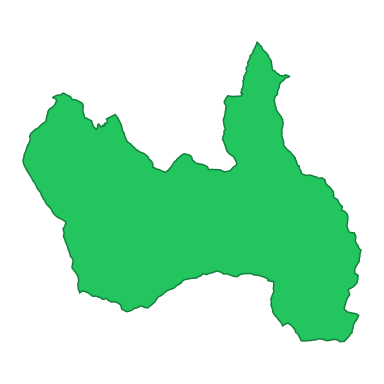 outline of Apold, Mures, Romania
{"feature_id": "2599482B12503571403432", "entity_name": "Apold", "entity_type": "district", "adm_level": 2, "iso_a3": "ROU", "parent_name": "Romania", "parent_adm1": "Mures", "projection": "mercator", "projection_center": [24.86, 46.147], "detail": "fine", "context": "isolated", "style": "filled", "palette": "green", "viewbox_px": 384, "rotation_deg": 0, "n_neighbors": 0, "source": "geoboundaries", "source_scale": "gbopen_adm2", "svg_char_len": 5924}
<svg xmlns="http://www.w3.org/2000/svg" viewBox="0 0 384 384"><path d="M79.8,292.9L82.1,291.1L83.9,291.1L88.7,293.1L91.5,295.5L92.8,296.3L96.1,296.1L98.5,297.2L99.7,297.2L100.8,297.8L101.7,299.0L102.6,299.2L104.0,299.3L105.2,298.5L106.3,298.5L107.8,300.0L111.3,302.0L114.3,301.8L117.1,302.5L119.2,304.0L120.5,304.5L121.8,309.1L125.7,311.3L127.4,311.7L131.3,310.4L133.4,309.1L134.0,308.2L136.0,308.2L140.6,306.1L142.2,306.1L144.3,307.4L147.7,307.9L152.3,304.3L154.8,302.0L158.0,297.0L161.3,295.5L167.1,290.7L169.7,289.5L172.5,288.8L174.2,287.9L176.5,285.6L180.9,283.3L181.6,282.0L184.1,279.8L191.0,278.4L196.9,277.9L198.0,276.8L200.9,275.8L202.7,273.6L206.7,274.6L208.7,273.6L212.9,272.6L216.7,271.0L221.9,272.4L222.4,272.7L222.4,273.3L223.3,273.9L227.2,273.9L233.7,276.3L236.3,276.7L237.4,276.5L239.9,274.7L243.5,273.7L251.0,273.5L254.0,274.9L258.8,275.4L262.2,276.4L265.8,277.9L268.5,279.4L267.9,280.5L270.7,281.3L273.7,281.6L273.6,286.6L273.3,289.0L273.8,290.3L273.8,291.7L272.1,295.7L270.9,299.2L271.4,301.5L271.0,305.1L272.5,309.1L272.9,312.2L274.9,315.5L277.2,317.8L279.3,320.7L280.9,322.2L282.8,326.0L283.9,324.9L287.6,323.2L288.9,323.7L291.9,325.9L295.4,330.5L295.7,332.6L297.0,333.0L298.5,335.0L301.1,340.6L302.9,341.0L311.1,340.5L312.9,340.0L315.7,339.9L317.2,339.2L319.2,338.9L322.1,339.0L325.1,340.3L327.7,340.7L334.8,339.3L336.9,340.0L337.9,340.0L339.8,341.7L344.4,341.3L349.4,335.9L350.1,333.9L351.7,333.1L352.2,332.2L352.1,330.6L352.7,329.2L353.7,324.1L357.3,318.6L358.7,315.4L356.9,314.1L355.3,313.6L347.7,312.1L345.4,310.1L344.1,309.4L344.7,306.4L346.9,299.0L349.6,294.8L349.6,293.9L348.9,291.7L347.9,290.3L348.5,289.5L353.4,286.7L355.7,284.4L357.0,282.6L357.4,281.4L358.1,275.4L356.1,273.9L355.0,273.6L354.6,270.4L355.0,268.5L357.0,264.6L359.2,261.5L359.3,258.3L359.8,256.9L359.9,254.3L361.0,250.1L359.9,249.4L358.6,247.5L357.8,245.2L357.2,244.6L355.7,242.1L355.3,240.5L355.9,236.8L354.4,232.9L349.6,232.4L348.4,230.4L347.6,228.5L347.1,226.7L347.0,225.6L347.3,222.6L347.7,220.9L347.8,216.3L347.1,214.0L344.9,211.5L341.7,210.2L341.9,208.0L342.4,206.7L339.2,203.4L337.6,199.7L334.3,197.8L333.9,197.2L333.7,196.8L333.6,193.9L333.3,191.7L329.7,187.0L328.9,186.3L328.2,186.2L327.2,184.9L326.3,184.2L325.6,182.9L324.9,179.7L321.9,177.8L319.6,178.3L318.0,178.1L316.8,177.1L314.8,176.4L313.7,176.5L311.7,175.4L309.2,175.1L306.3,175.5L301.9,173.9L301.2,173.0L301.1,171.4L300.8,170.6L299.5,168.9L299.1,165.7L297.5,165.3L296.8,163.4L296.6,161.8L295.7,159.8L295.2,159.5L295.2,157.8L294.8,157.9L293.7,156.0L293.0,155.3L292.9,154.9L291.8,154.0L290.2,151.8L286.8,149.4L286.3,148.4L284.8,146.9L283.8,145.0L283.5,144.4L283.7,141.6L282.4,138.0L281.7,134.9L282.0,133.0L281.7,129.7L282.6,127.2L282.7,124.7L283.2,123.5L282.8,121.8L282.7,120.4L282.4,118.9L281.7,118.3L281.1,116.4L279.6,114.8L277.6,111.8L276.7,110.8L276.6,109.7L275.9,108.0L276.0,107.0L275.5,106.5L274.5,102.3L274.4,99.6L275.2,96.5L276.9,94.9L277.5,93.7L277.4,92.3L277.7,90.7L279.1,87.6L279.5,84.6L280.0,84.0L280.4,82.6L283.3,80.5L286.0,77.6L287.8,77.6L289.4,76.4L287.9,75.6L285.1,74.9L283.5,75.9L279.7,75.4L278.1,73.8L277.2,73.7L276.7,73.2L274.8,70.9L272.5,70.1L271.3,61.8L270.9,60.2L269.1,57.8L268.6,56.8L268.4,55.4L266.7,53.7L266.5,53.0L262.8,49.7L261.3,46.1L259.6,45.4L259.2,44.9L259.3,44.4L258.6,43.5L257.0,42.3L256.6,43.4L256.9,43.8L256.9,44.2L256.3,44.6L254.0,49.7L253.2,50.5L253.1,52.3L251.5,54.6L250.0,55.8L249.9,56.5L250.3,57.9L249.4,58.9L249.0,59.7L248.9,61.0L247.8,62.0L247.7,63.8L248.1,64.8L248.1,65.3L246.1,67.8L246.6,71.7L243.9,76.7L243.7,78.1L244.1,79.0L242.9,80.8L243.5,82.9L242.3,88.9L241.6,89.2L241.5,91.2L241.0,92.3L241.3,93.4L242.2,93.3L242.7,94.0L241.5,94.9L241.5,95.9L240.6,96.1L232.4,96.5L227.8,95.8L226.3,97.8L224.3,101.3L224.4,103.4L225.8,105.0L226.1,106.0L224.8,115.6L223.3,119.7L224.0,124.9L224.6,127.1L225.4,128.5L225.2,129.3L224.1,130.8L223.9,134.8L223.1,136.2L222.8,139.1L222.5,139.6L223.0,139.8L225.8,147.3L226.6,150.5L229.2,153.8L233.7,156.9L236.4,162.1L236.7,163.8L236.8,164.3L235.1,166.2L233.8,166.7L230.1,170.8L224.5,171.9L222.5,171.1L220.1,169.8L211.1,169.4L208.7,169.7L207.6,167.1L206.6,166.2L202.3,164.4L197.2,163.5L195.5,162.8L192.4,159.9L191.8,157.5L190.6,155.8L189.3,155.0L184.4,153.8L182.8,154.3L180.9,155.6L177.1,159.1L175.8,160.9L174.6,161.5L171.3,166.7L168.5,169.9L165.6,172.2L161.7,170.9L159.3,169.6L156.9,169.2L155.1,168.1L152.8,167.3L153.0,165.3L152.4,162.8L150.8,160.5L149.1,159.3L148.4,157.5L147.3,156.1L143.9,153.5L139.3,151.7L137.9,150.4L136.6,149.9L130.4,143.9L127.6,141.9L126.9,141.0L125.2,137.3L124.0,132.9L122.7,131.0L121.4,125.5L120.6,123.5L118.0,118.3L115.3,114.5L106.4,119.0L107.2,119.9L107.0,122.8L104.6,123.4L105.1,125.4L103.7,126.1L103.3,125.2L101.0,127.1L98.8,124.0L97.6,125.0L97.7,126.7L97.6,127.4L96.2,129.3L93.0,126.0L92.9,124.8L92.0,122.6L91.6,120.8L87.1,118.7L86.5,118.0L85.2,118.1L84.8,117.8L84.1,116.1L84.1,114.6L83.2,113.0L83.2,111.9L82.7,111.2L83.3,105.8L82.2,103.2L77.4,100.5L74.1,99.6L72.9,99.7L71.7,98.9L70.4,96.4L69.0,96.1L68.4,95.6L67.5,95.5L65.1,93.9L63.2,93.1L61.9,93.8L60.7,95.0L57.0,95.2L53.4,97.0L52.8,97.6L56.1,99.2L56.5,100.5L55.5,103.4L54.4,105.3L52.5,107.2L50.2,108.5L48.9,109.7L47.8,112.0L47.6,114.0L47.1,115.1L46.1,120.4L45.5,121.5L44.3,122.7L42.2,123.8L37.5,128.5L35.1,129.5L30.8,133.5L29.7,136.3L30.2,139.0L30.1,140.1L28.5,144.2L27.7,145.1L25.2,152.6L24.2,154.4L24.0,156.5L23.3,159.0L23.0,161.1L23.7,164.0L26.4,169.7L31.6,177.9L33.2,181.2L35.1,183.4L37.2,188.4L40.7,192.8L41.1,194.5L43.2,198.6L44.4,200.1L46.4,203.9L51.2,209.0L53.1,213.1L56.2,216.2L58.5,217.7L62.8,219.8L66.0,222.1L64.7,226.4L63.1,228.7L64.2,233.5L63.5,235.4L63.7,237.0L64.9,239.7L65.4,241.5L67.2,245.9L68.5,250.2L69.2,251.0L69.2,252.3L69.9,253.5L70.2,255.7L70.6,256.8L71.8,257.8L72.9,259.2L73.1,261.4L72.6,263.1L72.7,264.0L72.1,266.1L72.1,268.0L75.3,272.1L77.5,275.5L78.2,277.1L78.6,280.0L78.5,282.0L77.9,283.7L78.1,287.3L78.5,289.6L79.8,292.9Z" fill="#22c55e" stroke="#15803d" stroke-width="1.5"/></svg>